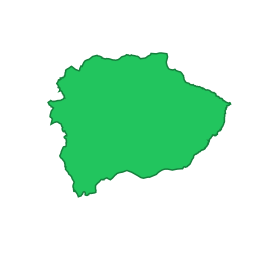 the district of Vurpar, Sibiu, Romania, rotated 117°
{"feature_id": "2599482B26098957390295", "entity_name": "Vurpar", "entity_type": "district", "adm_level": 2, "iso_a3": "ROU", "parent_name": "Romania", "parent_adm1": "Sibiu", "projection": "mercator", "projection_center": [24.329, 45.907], "detail": "fine", "context": "isolated", "style": "filled", "palette": "green", "viewbox_px": 256, "rotation_deg": 117, "n_neighbors": 0, "source": "geoboundaries", "source_scale": "gbopen_adm2", "svg_char_len": 5735}
<svg xmlns="http://www.w3.org/2000/svg" viewBox="0 0 256 256"><g transform="rotate(117 128 128)"><path d="M159.6,198.3L156.4,196.1L154.8,194.2L154.6,193.1L154.9,191.1L154.8,189.5L156.5,187.8L157.2,186.4L158.1,186.5L159.5,185.7L160.3,184.6L160.6,183.9L160.5,183.7L159.5,183.4L159.3,183.1L159.8,182.4L160.6,181.8L160.7,181.2L161.3,180.0L162.3,179.4L162.9,179.9L163.0,179.5L163.3,179.9L164.9,180.8L165.5,180.4L165.9,179.1L165.8,178.5L165.9,178.0L166.8,177.7L167.4,176.9L169.2,176.5L169.2,176.2L169.7,176.3L170.4,175.7L172.3,175.0L173.1,175.3L173.5,176.3L174.2,176.9L175.2,177.0L175.8,176.8L176.6,176.9L179.9,176.6L180.5,176.3L182.0,176.2L183.8,176.1L184.6,175.1L185.1,174.3L185.5,172.4L186.3,171.0L186.8,169.6L187.3,169.2L187.3,168.8L187.7,168.5L188.6,168.2L188.8,167.6L190.9,166.7L190.9,166.1L191.2,166.3L191.7,165.8L191.7,165.4L193.1,165.0L194.8,160.9L195.7,160.2L196.1,159.5L196.2,158.1L196.6,157.6L196.8,156.4L198.6,154.6L200.3,151.8L200.7,151.4L204.0,150.9L205.4,150.3L205.7,150.1L206.1,149.3L207.2,148.9L207.6,148.0L207.9,148.1L208.6,147.9L209.0,147.5L209.0,147.2L208.8,146.9L208.0,146.7L209.7,143.4L210.9,141.9L211.8,141.0L209.7,139.0L207.8,138.9L207.6,138.6L207.2,138.5L206.4,138.8L205.7,138.8L205.0,138.5L204.8,138.2L204.7,137.6L204.9,137.0L206.0,136.2L206.6,136.1L207.1,135.7L206.8,134.2L206.5,133.7L205.6,133.3L205.3,132.8L204.3,132.9L203.9,132.6L203.3,131.9L203.1,131.2L202.1,129.9L201.1,128.5L200.0,127.5L199.5,127.9L198.9,127.9L197.9,128.4L197.7,128.8L196.5,129.6L194.0,130.8L191.1,130.1L189.3,129.3L186.1,128.5L185.6,127.7L185.7,127.2L185.2,126.7L185.1,126.0L184.5,126.1L184.1,125.9L182.0,124.2L182.2,122.6L182.1,120.2L179.6,119.1L175.8,118.1L174.8,117.5L173.9,117.4L172.0,115.8L169.6,112.7L166.7,110.1L166.3,109.6L165.9,105.9L165.7,105.1L166.0,97.4L166.3,94.2L166.0,92.6L165.6,91.3L163.1,88.4L162.4,87.4L162.0,86.4L156.5,81.7L153.7,80.8L151.2,79.4L149.5,78.2L147.9,76.5L146.6,74.0L145.3,69.4L142.3,65.6L140.1,62.0L139.6,61.0L139.3,60.8L138.2,60.8L137.1,60.4L136.8,59.9L136.9,59.1L135.3,57.6L134.4,57.6L133.8,57.0L133.1,56.9L132.1,56.4L127.9,56.5L127.6,56.7L124.7,56.2L123.2,56.8L122.0,56.7L120.5,55.8L120.3,55.4L120.0,55.1L119.7,55.2L119.1,54.9L118.4,54.2L117.1,54.0L116.9,53.6L116.3,53.2L116.2,53.0L115.6,53.0L114.3,52.4L114.3,52.2L113.7,52.0L113.6,51.4L113.2,51.3L113.2,51.1L111.9,50.2L111.3,50.5L111.0,50.1L110.7,50.4L109.5,49.8L109.1,49.8L108.7,49.5L107.7,49.6L106.6,49.3L106.3,49.6L105.7,49.3L105.3,49.9L105.0,49.5L103.9,49.6L103.6,49.9L103.3,49.6L103.0,49.6L102.8,49.7L102.6,50.6L102.4,50.1L102.1,49.9L101.2,50.2L100.3,50.0L99.8,49.7L97.4,49.5L96.8,49.2L95.9,49.5L95.3,48.4L95.5,48.0L95.1,47.5L95.4,46.9L94.4,46.5L94.4,46.2L93.6,46.4L93.4,45.8L93.1,45.5L92.0,46.1L90.6,46.3L89.5,45.7L88.3,44.5L88.0,44.5L88.0,44.9L87.6,45.2L87.3,44.5L86.6,44.3L85.6,44.9L85.0,44.5L84.0,44.7L83.4,44.4L83.1,44.5L80.8,44.6L80.0,44.9L79.2,44.8L78.0,45.2L76.6,46.1L76.1,46.1L75.2,46.9L74.6,46.9L73.2,47.3L72.6,47.8L71.5,48.3L70.9,47.7L68.4,49.4L66.7,49.1L66.4,49.6L65.6,49.4L65.3,49.8L64.8,49.4L64.5,49.4L63.4,50.0L62.7,49.4L62.4,48.7L61.3,48.1L60.6,48.1L60.2,48.3L60.1,47.6L59.4,48.1L59.3,48.7L60.2,48.9L59.8,49.3L60.2,49.6L60.4,51.8L60.4,52.5L60.5,53.0L60.2,53.7L60.1,55.0L60.3,55.7L59.8,56.1L59.8,56.7L59.4,57.0L59.1,57.6L59.3,58.6L59.8,60.0L59.5,60.3L59.2,60.5L59.2,61.2L58.9,61.7L59.3,62.5L59.1,63.3L59.4,64.1L58.3,64.8L58.2,65.2L57.6,65.6L57.7,66.1L57.6,66.5L57.7,66.8L57.4,67.4L57.8,67.8L57.7,68.3L58.1,69.1L58.0,69.4L58.0,70.8L57.8,71.2L57.6,72.1L57.7,73.3L58.0,74.6L58.7,75.6L58.8,76.4L58.4,78.5L58.9,79.2L58.5,79.6L59.0,79.8L58.8,80.2L58.7,83.1L59.4,84.1L59.4,85.0L60.0,85.7L59.9,86.3L60.0,86.7L59.8,87.0L60.3,87.9L59.8,89.7L60.6,90.3L60.7,91.4L61.1,92.3L60.5,94.0L61.0,96.1L61.0,97.7L60.4,98.1L60.2,99.0L58.8,100.6L58.1,100.8L57.2,101.8L56.2,102.3L55.7,103.5L54.9,104.8L54.3,106.4L54.3,107.0L54.7,108.6L55.0,111.6L54.4,112.7L54.7,113.2L55.6,113.9L56.1,114.7L56.1,115.1L56.6,116.4L56.8,118.1L56.6,119.0L54.7,121.6L52.7,123.3L51.7,123.9L47.1,124.9L46.4,125.2L44.2,127.1L46.1,132.5L47.0,134.1L49.1,136.5L51.1,141.3L52.7,141.2L55.5,143.2L56.0,143.3L57.8,144.3L60.6,148.4L59.9,150.8L59.8,152.0L60.4,153.5L60.5,154.6L61.5,157.7L61.4,158.2L62.6,158.9L62.9,159.9L62.8,160.9L63.1,161.2L63.2,162.2L63.3,162.5L65.2,163.5L67.2,165.7L68.1,166.2L69.9,166.8L71.7,167.9L73.4,170.0L73.5,170.7L74.3,172.5L74.8,175.6L75.3,177.3L75.7,178.0L75.9,178.7L76.7,179.4L77.1,181.2L77.1,181.7L77.3,182.0L77.2,182.4L77.5,183.0L76.8,183.5L76.9,185.8L77.5,187.7L77.3,188.5L80.4,192.0L84.7,193.9L85.0,194.5L85.3,194.6L85.7,195.2L87.6,196.7L89.6,197.1L94.1,196.9L94.1,198.0L96.7,197.9L98.7,197.3L99.3,197.6L99.7,201.3L98.7,206.3L99.0,206.6L101.0,207.5L104.2,209.6L105.3,209.6L106.4,209.0L107.0,209.1L110.1,208.0L110.6,208.3L110.9,208.0L111.1,208.2L111.8,208.3L112.9,208.8L112.7,209.3L114.1,210.3L114.1,210.9L114.2,211.0L114.8,210.3L116.0,211.1L116.2,210.9L116.3,211.0L116.2,211.2L116.7,211.7L117.0,211.6L116.6,210.9L117.8,211.6L118.9,211.4L120.7,211.7L120.9,211.5L121.1,210.6L122.3,208.8L122.6,208.6L123.4,208.8L123.7,208.5L123.7,208.1L123.2,207.8L123.2,207.2L123.5,206.7L124.6,206.3L124.1,206.2L124.5,206.1L125.0,205.7L126.5,205.9L126.4,205.8L126.1,205.6L125.3,205.6L125.2,205.5L125.5,205.2L125.3,204.9L125.5,203.7L126.1,202.8L126.6,202.5L126.9,202.1L127.3,201.1L127.9,200.7L127.8,200.0L128.3,199.4L128.8,199.3L130.1,198.0L130.4,198.7L132.0,199.0L132.6,199.7L133.4,200.1L134.2,200.9L135.7,203.4L136.9,204.5L137.1,205.0L137.7,205.6L137.9,206.3L138.5,206.7L138.6,207.1L138.6,209.2L139.0,209.1L139.1,209.4L139.6,209.8L141.5,210.8L142.5,209.4L143.1,208.8L143.1,208.1L143.5,206.3L144.0,206.1L143.7,204.9L144.0,203.5L147.8,204.0L151.6,203.2L153.3,202.6L153.6,201.9L153.5,201.1L154.4,199.5L159.6,198.3Z" fill="#22c55e" stroke="#15803d" stroke-width="1.5"/></g></svg>